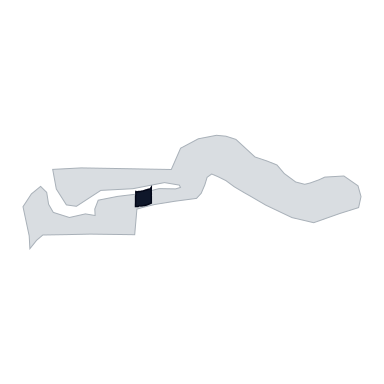 Kiang Central, Lower River, Gambia (highlighted)
{"feature_id": "56634734B95834842597723", "entity_name": "Kiang Central", "entity_type": "district", "adm_level": 2, "iso_a3": "GMB", "parent_name": "Gambia", "parent_adm1": "Lower River", "projection": "equal_earth", "projection_center": [-15.756, 13.406], "detail": "fine", "context": "in_parent", "style": "filled", "palette": "ink", "viewbox_px": 384, "rotation_deg": 0, "n_neighbors": 0, "source": "geoboundaries", "source_scale": "gbopen_adm2", "svg_char_len": 2379}
<svg xmlns="http://www.w3.org/2000/svg" viewBox="0 0 384 384"><path d="M52.7,169.4L81.2,167.9L115.8,168.5L153.5,169.2L171.3,169.5L180.6,148.2L198.3,138.8L216.5,135.3L225.9,136.2L235.9,139.4L255.0,157.0L267.0,161.0L277.0,165.0L284.2,173.5L295.7,182.0L304.7,184.3L310.1,183.0L319.0,179.8L324.8,177.1L343.9,176.0L358.0,185.8L361.0,196.6L358.6,207.6L339.8,213.5L313.7,222.7L292.0,217.6L265.7,205.1L250.3,196.1L243.9,192.5L234.3,186.8L225.9,180.6L217.8,176.6L211.7,174.0L207.1,177.3L204.8,184.9L201.2,193.3L196.5,198.4L174.4,201.3L154.6,204.5L144.0,207.1L136.9,209.1L134.7,234.7L112.3,234.4L90.3,234.1L67.4,234.6L42.8,235.0L36.6,240.3L29.9,248.7L29.2,235.9L23.0,206.7L31.4,193.9L40.6,186.4L46.7,192.4L48.6,204.3L53.3,212.4L69.4,217.5L85.4,213.9L95.1,215.5L94.8,209.0L98.2,200.2L117.5,196.4L138.1,193.9L159.1,188.6L175.6,188.9L180.5,187.4L179.3,185.1L164.5,182.6L132.9,188.7L100.8,190.4L76.4,206.3L66.4,204.9L56.3,189.0L52.7,169.4Z" fill="#d9dde1" stroke="#a8b0b8" stroke-width="1"/><path d="M151.3,203.1L151.3,202.1L151.3,201.8L151.3,200.2L151.3,198.9L151.3,196.1L151.2,195.8L151.2,195.5L151.3,194.5L151.3,194.1L151.3,193.6L151.2,191.2L151.3,187.3L151.3,187.2L151.0,187.6L151.0,187.8L150.9,188.0L150.7,188.2L150.4,188.6L150.1,188.9L149.7,189.0L149.3,189.2L148.7,189.3L148.7,189.2L148.4,189.2L148.3,189.3L148.2,189.3L147.8,189.4L147.1,189.7L146.7,189.8L146.3,190.0L146.1,190.1L145.8,190.0L145.7,190.0L145.4,190.1L145.0,190.3L144.8,190.4L144.4,190.5L144.1,190.6L143.6,190.8L143.4,190.9L142.6,191.1L142.3,191.1L141.8,191.1L141.6,191.2L141.1,191.4L140.7,191.4L140.4,191.5L140.0,191.5L139.8,191.6L139.7,191.5L139.4,191.6L139.2,191.6L138.9,191.6L138.6,191.5L138.3,191.7L138.2,191.7L138.0,191.8L137.9,191.8L137.7,191.7L137.5,191.8L137.5,191.7L137.5,191.8L137.4,191.9L137.4,192.0L137.2,191.9L137.0,192.0L136.7,192.0L136.5,191.8L136.3,191.7L136.2,191.6L135.9,191.5L135.8,192.3L135.9,194.0L135.9,194.6L135.8,195.3L135.6,195.7L135.6,199.3L135.6,201.8L135.6,202.4L135.5,204.9L135.5,206.5L135.8,206.5L138.1,206.5L138.2,206.4L139.3,205.7L139.9,205.8L140.1,205.9L140.9,205.9L141.9,205.9L142.0,205.8L142.3,205.8L142.7,205.8L143.0,205.7L143.4,205.6L143.7,205.6L144.7,205.4L144.8,205.5L145.0,205.4L145.6,205.3L145.6,205.2L146.2,205.1L146.9,204.9L147.5,204.7L148.0,204.5L148.6,204.2L149.0,204.1L149.7,203.8L149.8,203.8L150.0,203.6L151.3,203.1Z" fill="#0f172a" stroke="#020617" stroke-width="1.5"/></svg>